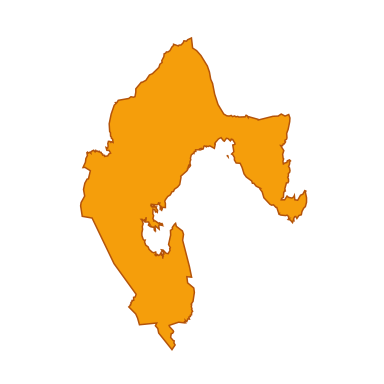 the district of Laguna, Laguna, Philippines, rotated 170°
{"feature_id": "2640588B29584406601254", "entity_name": "Laguna", "entity_type": "district", "adm_level": 2, "iso_a3": "PHL", "parent_name": "Philippines", "parent_adm1": "Laguna", "projection": "equal_earth", "projection_center": [121.262, 14.28], "detail": "fine", "context": "isolated", "style": "filled", "palette": "amber", "viewbox_px": 384, "rotation_deg": 170, "n_neighbors": 0, "source": "geoboundaries", "source_scale": "gbopen_adm2", "svg_char_len": 6053}
<svg xmlns="http://www.w3.org/2000/svg" viewBox="0 0 384 384"><g transform="rotate(170 192 192)"><path d="M165.8,343.8L169.9,342.7L171.2,341.5L173.7,342.3L174.7,340.6L177.2,338.7L179.3,338.9L180.1,338.2L184.5,340.7L184.8,339.5L186.7,338.2L189.1,335.1L191.3,334.1L192.9,334.4L194.0,333.2L195.4,333.0L196.2,330.2L199.0,326.5L198.9,324.8L201.4,323.4L203.0,320.4L210.4,315.4L213.6,314.6L218.0,310.0L222.3,308.6L222.9,308.9L229.4,303.4L230.0,300.1L231.6,295.8L233.1,295.5L235.6,296.4L238.0,295.1L248.7,295.1L250.3,293.2L251.8,293.3L251.4,292.4L253.5,291.0L258.1,282.7L261.7,273.6L262.6,265.8L262.0,264.6L262.5,261.2L261.8,260.0L262.1,259.2L261.0,257.7L261.1,254.5L262.7,255.5L263.3,254.9L264.1,256.1L265.5,256.4L266.5,254.3L266.6,251.7L267.5,249.9L268.9,250.8L268.6,247.8L266.4,247.3L265.4,244.4L267.2,243.9L268.7,242.2L271.9,242.2L271.8,243.3L273.6,243.9L273.5,244.9L274.5,245.7L274.6,246.8L275.8,247.2L276.4,248.3L277.2,247.9L278.2,248.8L279.2,248.8L279.5,249.6L280.5,248.4L281.6,250.2L283.4,249.7L284.9,248.9L284.9,247.8L285.8,248.9L287.5,248.4L287.9,249.4L288.7,249.0L288.7,246.0L290.7,243.4L291.8,239.8L295.1,235.0L293.1,234.8L288.4,230.6L291.7,223.0L293.1,222.9L296.0,219.3L298.4,213.4L298.4,206.6L303.0,200.9L304.1,197.7L304.3,187.1L294.9,183.7L281.2,134.9L264.8,101.0L266.1,98.5L267.8,98.4L268.2,95.5L269.9,95.6L270.0,94.6L271.3,93.8L271.3,92.6L272.2,92.0L272.1,91.3L274.2,89.8L268.6,81.7L267.5,77.3L266.8,70.4L249.5,69.1L251.3,66.6L249.4,63.5L249.3,58.9L239.1,40.2L235.2,44.3L236.0,46.4L235.4,48.5L236.4,49.2L238.3,52.5L237.0,56.2L235.7,56.2L234.4,57.6L234.6,58.7L237.5,63.3L237.7,64.6L227.8,66.1L222.1,64.4L222.0,65.1L221.4,64.7L221.7,65.7L220.6,65.9L220.7,66.6L219.7,65.3L218.0,67.8L216.6,67.3L216.9,69.3L215.2,69.7L215.1,70.9L213.8,71.1L213.3,73.4L212.1,74.4L212.8,76.3L212.3,76.9L212.6,79.2L211.9,81.0L212.3,81.7L210.0,84.1L207.1,92.7L206.9,97.1L212.1,103.3L211.8,109.5L207.2,108.2L207.5,119.1L209.6,146.1L207.7,151.8L208.2,155.3L213.4,160.9L213.6,164.0L214.9,163.2L217.6,160.5L217.6,159.0L219.9,157.9L220.5,153.3L224.2,144.4L223.0,140.8L223.8,140.1L223.8,138.3L226.2,135.4L228.2,136.2L230.5,139.8L232.0,140.3L230.4,136.6L230.5,135.7L231.4,135.6L232.4,131.4L231.9,134.5L232.2,135.5L232.9,135.2L232.9,137.8L234.6,135.7L235.8,135.2L236.8,136.4L237.8,135.5L238.9,135.7L239.3,136.6L238.1,137.1L238.2,139.2L240.2,138.8L241.7,139.7L244.2,142.9L244.7,145.5L246.8,147.7L247.4,151.0L246.5,152.7L247.4,152.7L248.3,153.8L248.9,157.8L248.5,160.4L247.1,163.9L247.0,166.5L245.6,169.3L246.1,172.8L246.8,173.9L245.9,173.8L244.8,172.2L243.7,172.9L243.0,172.3L241.4,175.1L242.3,172.2L243.8,171.5L243.5,170.6L240.0,170.0L239.3,167.9L239.8,168.3L240.7,167.0L239.0,165.1L238.4,165.5L237.6,164.4L236.0,164.1L235.5,162.9L235.8,161.2L235.4,160.5L235.3,161.4L235.0,160.0L234.7,160.0L234.5,164.3L234.0,164.9L230.8,161.1L230.6,164.3L230.0,165.4L227.3,164.3L228.5,166.0L227.1,165.5L227.0,166.1L229.0,166.4L229.2,167.2L230.5,167.1L233.2,169.9L234.8,170.2L234.5,171.3L235.2,172.5L233.9,175.4L234.4,177.3L233.4,181.9L231.8,181.0L231.4,178.8L230.8,179.1L229.7,178.0L229.1,180.0L230.2,182.6L229.6,183.5L233.3,184.0L232.8,184.7L231.5,184.7L231.9,185.1L234.1,184.5L234.9,185.6L234.2,186.2L234.7,186.8L233.4,185.7L234.9,187.2L228.7,185.4L226.9,186.5L226.7,187.8L226.3,186.2L225.9,186.3L226.5,185.3L225.6,183.8L226.1,181.4L225.1,182.2L225.7,179.5L225.0,180.6L224.4,180.3L223.7,182.0L220.9,181.3L220.2,185.2L220.4,187.7L219.5,189.0L216.7,191.8L213.9,192.9L211.7,195.7L210.1,195.8L208.8,197.8L205.3,199.4L202.8,201.5L200.3,208.3L200.4,209.4L193.6,213.6L192.3,214.9L192.5,215.5L190.5,216.8L190.7,217.4L191.9,216.3L190.5,219.0L189.1,219.8L188.7,222.2L187.6,224.1L187.7,225.5L186.3,228.6L183.9,230.0L183.4,229.6L182.6,231.5L181.2,231.3L181.1,232.9L177.4,232.3L177.2,233.0L175.3,233.4L174.8,232.8L175.4,232.2L174.1,232.4L174.4,232.8L173.4,232.7L172.3,235.0L171.4,235.2L170.1,234.0L169.7,234.6L168.1,234.0L166.5,234.4L162.4,231.1L160.8,235.0L160.8,235.6L161.4,234.6L161.1,236.0L156.7,239.7L153.9,240.5L152.2,237.1L151.3,236.4L148.8,238.9L147.2,238.3L145.4,235.7L144.3,237.1L144.1,236.5L142.9,236.7L141.3,232.8L141.4,231.6L143.4,231.1L143.7,231.8L143.8,224.4L146.4,222.5L145.3,221.5L144.2,218.6L144.7,216.2L143.5,212.9L139.6,211.9L138.4,207.4L137.6,200.8L135.9,197.3L131.3,192.5L131.0,190.1L129.6,189.9L127.8,186.6L124.0,183.8L124.6,183.7L124.5,183.1L122.9,180.0L122.2,173.8L117.3,166.3L115.8,165.2L114.0,165.2L112.0,162.2L111.2,162.1L110.2,155.2L109.7,155.4L109.9,154.8L108.6,153.9L103.9,152.5L102.4,152.7L101.1,151.0L101.5,148.9L100.9,148.9L102.0,148.2L100.1,147.4L98.3,144.4L97.1,146.6L96.6,146.2L96.5,148.1L95.1,149.9L94.1,149.9L93.3,147.7L90.8,150.3L88.3,150.6L87.1,153.7L84.8,156.7L82.9,157.9L81.0,162.0L80.2,166.4L80.4,172.1L79.7,173.1L80.7,173.8L83.2,170.6L85.7,170.0L89.4,165.5L92.1,166.5L91.8,170.8L92.7,169.5L94.7,168.7L97.9,170.0L99.1,171.5L102.1,168.2L105.5,168.8L104.8,170.1L102.9,170.9L101.7,175.9L100.0,176.8L100.4,177.4L99.9,177.9L100.1,178.9L97.4,184.6L96.0,184.4L95.1,185.6L94.7,188.0L95.2,190.0L94.3,190.9L93.9,193.4L92.4,194.5L91.8,196.0L91.8,198.8L92.5,200.3L91.2,202.4L90.7,203.9L91.0,204.7L89.6,205.5L90.4,206.7L92.7,206.2L93.5,204.6L96.6,204.3L97.2,203.1L97.1,206.6L96.0,208.7L96.4,209.4L96.2,213.4L94.4,216.8L96.7,222.4L94.8,221.9L93.7,223.5L92.9,223.3L91.2,225.1L91.7,225.7L91.5,226.8L89.8,227.5L89.1,228.8L88.6,233.3L86.4,237.1L83.6,244.2L82.7,247.9L83.3,251.5L87.2,250.6L90.6,253.3L94.0,251.8L99.1,252.5L114.3,251.4L114.3,252.1L123.3,256.4L123.7,255.5L124.5,257.6L125.4,258.2L126.7,256.8L133.0,257.7L133.8,258.5L135.7,258.4L136.8,259.5L139.0,259.2L140.1,260.6L142.2,260.3L144.5,261.0L147.2,263.3L151.2,273.6L152.7,284.4L152.9,295.3L154.0,299.8L154.0,307.1L155.0,313.4L159.5,324.8L162.9,330.4L166.4,333.7L165.8,343.8ZM151.5,222.0L150.9,221.5L150.4,220.6L150.4,221.3L151.5,222.0ZM188.9,219.3L189.5,218.2L189.3,217.9L188.8,218.6L188.9,219.3ZM232.0,135.9L231.9,135.2L231.6,134.9L231.7,135.9L232.0,135.9ZM227.5,165.4L226.7,164.9L226.7,165.1L227.5,165.4ZM224.8,179.8L225.2,179.3L225.1,179.2L224.8,179.8Z" fill="#f59e0b" stroke="#b45309" stroke-width="1.5"/></g></svg>